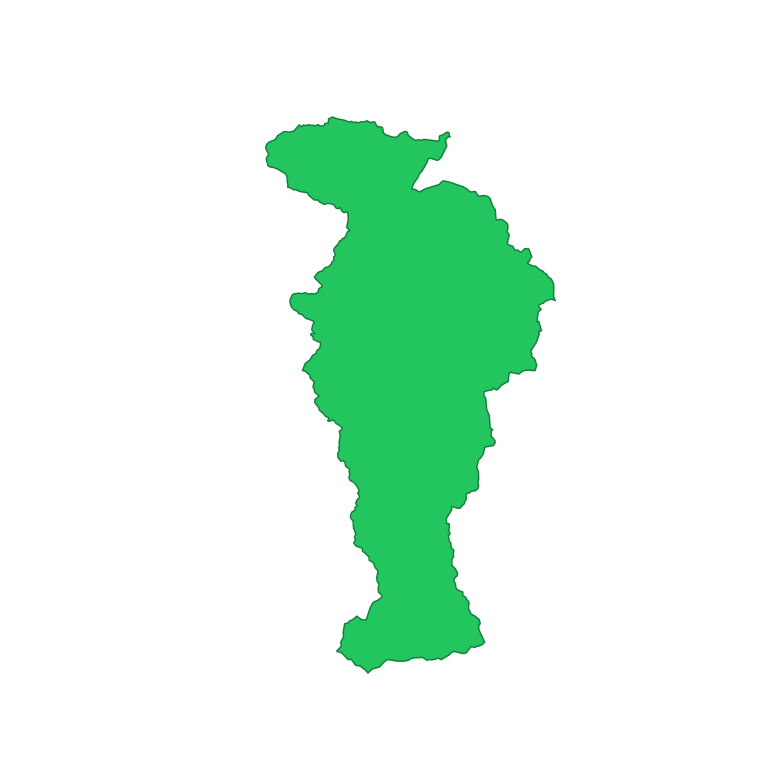 Mae Tha, Lamphun, Thailand, rotated 132°
{"feature_id": "78962969B72300277580274", "entity_name": "Mae Tha", "entity_type": "district", "adm_level": 2, "iso_a3": "THA", "parent_name": "Thailand", "parent_adm1": "Lamphun", "projection": "albers", "projection_center": [99.085, 18.376], "detail": "fine", "context": "isolated", "style": "filled", "palette": "green", "viewbox_px": 768, "rotation_deg": 132, "n_neighbors": 0, "source": "geoboundaries", "source_scale": "gbopen_adm2", "svg_char_len": 6171}
<svg xmlns="http://www.w3.org/2000/svg" viewBox="0 0 768 768"><g transform="rotate(132 384 384)"><path d="M248.3,620.4L256.0,620.2L260.5,623.0L262.2,626.0L263.6,627.3L270.7,629.2L275.3,628.4L280.7,631.1L284.0,631.5L285.8,631.1L288.0,629.5L290.6,623.2L294.3,622.8L295.5,622.1L299.4,616.3L298.9,613.8L296.8,610.5L295.5,607.0L293.7,597.6L294.9,594.7L298.7,590.9L300.0,588.9L302.1,587.4L300.8,584.7L300.3,581.3L298.9,579.9L297.2,575.3L293.0,568.7L294.1,566.0L294.0,559.7L293.7,558.7L291.4,556.0L291.9,553.2L291.0,551.1L291.0,549.4L289.7,548.0L288.0,547.3L286.1,545.1L284.2,540.6L285.3,538.0L285.1,536.5L284.4,535.4L282.1,534.4L283.7,531.3L283.4,528.3L280.6,526.7L282.2,524.1L285.6,520.7L292.5,516.5L293.1,512.0L295.2,513.0L299.7,511.4L302.6,511.3L303.2,512.0L305.7,511.9L307.5,512.6L310.4,511.8L316.3,511.8L318.3,511.0L320.7,506.1L323.3,506.4L325.5,504.1L328.8,504.2L330.3,503.4L334.1,503.7L336.1,505.2L338.1,505.8L341.4,505.5L343.2,506.9L345.8,507.7L350.5,507.4L351.3,506.9L351.7,505.4L351.9,497.0L353.3,495.1L356.5,496.2L359.9,494.6L363.2,495.4L365.5,498.6L367.9,500.5L368.7,503.4L372.3,506.0L373.5,508.1L377.9,511.6L379.2,511.7L383.3,510.6L385.5,509.3L388.2,505.5L389.1,501.6L388.9,499.5L388.0,497.6L388.7,494.6L387.2,491.1L387.5,486.8L386.9,484.3L385.9,483.1L385.7,481.6L384.7,479.8L384.7,477.4L388.4,476.2L392.1,473.9L392.8,469.7L393.4,469.8L395.1,472.0L396.5,471.3L396.3,468.3L398.1,466.5L396.8,461.6L395.8,459.4L396.2,458.4L398.6,456.6L400.9,455.8L404.6,456.2L406.7,454.9L410.6,456.2L415.7,455.2L421.4,456.3L428.5,453.6L427.2,450.9L427.1,444.8L428.9,443.1L429.2,437.3L433.8,434.7L434.7,432.1L436.4,430.4L436.5,424.2L441.8,424.9L444.2,422.8L445.2,416.8L446.8,414.0L446.5,409.9L447.1,405.6L446.1,402.6L446.5,401.9L448.7,401.4L448.9,400.7L448.2,399.6L445.4,398.2L444.6,396.8L445.4,393.1L444.4,388.9L444.8,385.5L446.0,384.8L448.9,385.7L451.7,382.0L457.8,378.1L458.6,376.7L462.0,374.6L463.7,372.5L466.3,372.2L469.5,368.9L470.3,364.5L468.5,363.1L468.2,362.1L468.6,360.3L470.7,357.6L470.4,352.6L470.9,351.8L472.5,351.4L473.6,349.3L476.9,347.5L478.0,345.8L478.3,344.4L477.4,340.8L477.6,337.7L479.0,332.8L480.2,330.8L482.8,330.5L483.5,327.5L484.3,326.6L485.6,326.3L487.5,326.6L491.4,325.3L492.3,322.8L495.2,322.8L497.1,321.2L500.9,322.1L504.4,320.7L505.9,319.1L506.6,315.2L511.4,310.3L514.3,304.7L517.8,303.3L518.7,301.0L522.1,300.2L522.7,299.6L523.1,296.3L520.6,290.3L522.7,287.9L522.3,285.0L522.6,279.2L524.9,277.1L523.9,272.4L526.4,267.6L526.7,264.5L527.4,263.0L533.2,259.6L535.2,256.9L536.0,253.8L539.9,251.5L542.3,249.0L542.6,244.0L543.6,243.1L548.8,243.9L552.5,245.6L554.3,245.9L559.6,244.5L570.7,239.6L572.3,240.3L574.2,243.2L574.8,248.8L580.5,249.7L583.0,251.1L585.4,250.7L588.4,252.8L595.8,248.2L599.0,244.9L604.8,243.4L606.3,241.3L608.2,240.2L613.8,240.5L614.2,239.5L612.6,237.4L612.1,235.0L612.8,226.3L610.5,223.8L612.0,216.9L609.6,213.0L609.0,206.3L609.5,202.6L603.4,201.9L597.6,198.1L590.5,197.9L586.4,197.1L581.0,188.7L577.6,184.7L573.3,181.1L570.6,180.5L567.0,178.0L561.4,172.4L560.5,167.2L557.7,165.2L557.2,164.0L555.5,163.0L554.4,161.6L551.6,160.7L550.6,157.0L542.2,154.5L537.2,154.0L535.1,151.8L532.0,145.6L529.0,143.0L521.0,143.6L518.9,140.2L516.6,139.5L515.2,138.1L511.7,136.6L508.5,136.5L503.1,148.9L500.8,151.5L497.6,152.3L495.3,155.8L495.8,162.4L496.8,165.3L495.6,167.5L494.9,170.3L491.6,173.3L490.0,173.9L489.2,175.2L488.8,178.4L487.8,180.4L488.5,184.2L485.9,186.0L487.7,191.2L487.7,192.6L486.9,194.9L484.5,197.4L483.5,200.7L480.5,201.7L477.8,201.2L475.2,202.9L473.6,207.6L473.3,212.3L468.3,216.7L465.8,216.5L464.6,218.2L460.8,220.9L460.6,224.7L457.6,227.9L456.5,231.4L455.1,232.6L453.7,234.9L452.0,234.4L451.1,234.7L449.7,237.5L444.6,241.5L444.4,242.4L445.6,244.4L442.2,247.7L432.1,249.5L430.8,251.2L429.7,251.6L427.1,246.3L425.1,244.2L422.9,244.6L419.4,244.2L417.3,245.3L414.4,245.9L411.3,248.9L409.9,249.3L407.5,247.5L404.9,247.4L402.6,244.9L399.2,244.1L396.8,245.2L393.9,248.7L391.1,250.2L386.4,254.7L383.4,259.8L377.0,263.0L373.8,262.7L369.4,263.5L363.4,266.9L356.6,261.6L353.5,262.0L351.9,263.7L351.0,269.2L350.4,270.2L347.7,272.4L345.2,272.9L345.4,276.0L337.0,284.6L334.4,290.4L326.8,298.6L325.4,302.4L322.9,304.4L321.8,304.1L315.8,299.6L313.8,300.0L313.3,296.8L312.0,295.8L306.6,295.9L298.9,293.5L293.6,297.4L291.8,298.1L290.7,297.9L286.3,290.4L282.4,289.8L279.8,288.6L276.9,285.8L273.4,281.1L272.7,280.8L268.0,283.0L264.7,288.5L264.5,293.1L262.5,294.5L261.8,296.3L260.8,297.1L251.1,298.7L243.0,302.0L241.6,304.2L239.0,302.6L233.9,310.9L235.3,312.1L227.3,317.6L223.4,317.1L223.1,320.6L222.4,321.2L221.3,321.7L217.2,319.7L214.7,319.6L209.0,316.6L207.3,312.9L205.6,316.5L197.4,323.5L196.0,325.3L194.1,329.8L194.6,333.3L193.6,336.7L194.2,338.7L193.8,342.0L194.9,344.2L195.0,350.0L197.1,353.3L198.4,358.0L197.4,358.5L195.7,357.9L193.7,359.0L190.6,359.3L186.8,366.8L189.3,370.0L192.9,370.0L194.8,370.8L195.0,374.3L197.1,376.1L195.5,380.5L197.3,384.8L197.3,386.3L189.8,390.4L189.1,391.5L188.5,394.5L184.7,396.6L182.6,399.0L182.2,401.5L182.7,405.5L183.8,407.8L186.9,410.0L186.9,410.7L180.0,418.0L178.9,422.6L175.3,429.1L175.0,431.9L176.6,435.3L181.3,439.5L179.8,444.8L183.6,448.3L183.8,454.1L184.5,457.2L190.2,470.4L193.3,475.8L194.2,476.3L198.8,476.5L211.3,483.9L216.6,485.7L218.0,487.2L218.5,491.0L220.5,493.5L218.7,494.9L214.4,496.2L207.7,497.0L205.0,498.2L200.7,498.2L197.6,498.8L190.3,500.4L187.1,501.9L185.1,500.6L182.1,493.9L179.9,493.2L176.7,493.3L165.1,496.6L162.3,500.8L160.6,501.8L158.2,501.8L156.0,500.4L155.8,501.9L154.2,503.2L153.8,504.3L154.8,505.8L159.7,507.1L162.0,508.6L163.1,508.5L165.4,506.2L167.5,506.5L175.3,517.8L178.4,519.7L179.3,521.9L181.7,523.3L182.6,526.8L182.9,532.0L182.7,533.3L181.3,535.0L181.9,537.0L183.0,537.9L187.2,539.5L191.1,539.5L192.8,540.3L195.1,543.4L197.7,549.8L197.7,553.0L195.8,554.6L194.5,557.3L197.2,561.4L195.5,566.5L199.1,569.5L199.7,572.8L202.1,573.8L204.5,576.5L207.1,577.8L208.5,580.6L210.2,581.8L210.8,584.2L212.7,585.1L214.1,589.2L218.3,596.3L220.2,601.0L224.1,602.5L227.5,600.0L229.9,602.2L231.8,601.6L233.3,602.0L235.0,604.3L235.4,606.6L238.2,607.6L238.9,609.4L240.3,610.9L241.9,613.6L244.2,615.0L245.5,617.2L248.0,617.5L248.3,620.4Z" fill="#22c55e" stroke="#15803d" stroke-width="1.5"/></g></svg>